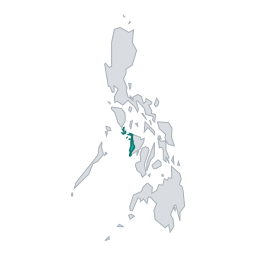 Antique, Antique, Philippines (highlighted)
{"feature_id": "2640588B32523752073662", "entity_name": "Antique", "entity_type": "district", "adm_level": 2, "iso_a3": "PHL", "parent_name": "Philippines", "parent_adm1": "Antique", "projection": "equal_earth", "projection_center": [121.674, 11.308], "detail": "fine", "context": "in_parent", "style": "filled", "palette": "teal", "viewbox_px": 256, "rotation_deg": 0, "n_neighbors": 0, "source": "geoboundaries", "source_scale": "gbopen_adm2", "svg_char_len": 6982}
<svg xmlns="http://www.w3.org/2000/svg" viewBox="0 0 256 256"><path d="M120.2,27.5L128.8,32.4L133.6,29.9L132.3,42.2L136.6,50.6L132.1,65.3L125.9,69.2L126.0,73.3L123.5,78.7L127.0,87.9L126.2,90.3L127.9,96.8L133.1,100.5L132.9,97.1L137.9,94.5L141.5,96.5L143.4,103.4L145.7,102.0L146.0,98.5L151.8,102.0L151.7,103.8L148.7,105.0L151.8,110.9L151.4,113.4L155.6,114.6L154.7,122.0L152.5,120.0L153.4,116.5L145.9,114.5L144.2,108.2L137.5,100.9L136.0,101.2L138.4,108.9L137.6,112.1L135.0,107.0L128.0,100.4L122.9,105.0L117.1,101.3L114.7,102.5L114.5,96.5L118.3,89.3L114.1,85.6L114.1,91.9L112.4,92.3L110.2,87.0L108.3,86.1L104.7,64.2L105.4,63.1L109.2,67.4L111.6,66.4L111.6,42.6L114.4,29.2L120.2,27.5ZM171.4,166.3L179.9,173.9L181.2,179.0L179.3,184.7L182.0,186.4L183.1,190.9L184.6,206.0L180.0,212.3L180.0,220.9L175.7,204.7L174.1,205.8L170.5,214.9L172.9,218.5L173.9,226.2L170.1,232.2L168.7,224.7L165.2,227.8L155.1,219.4L154.0,210.1L156.6,203.7L150.2,197.0L148.2,197.2L147.0,203.5L143.5,198.9L140.6,201.6L139.9,198.5L137.9,197.9L132.3,210.8L130.2,210.5L129.7,206.8L133.5,195.0L141.3,191.6L143.0,187.2L147.5,183.0L152.4,187.2L151.8,193.3L156.5,190.5L158.9,184.6L162.7,185.2L164.4,178.7L167.6,180.3L168.4,177.8L171.8,178.0L171.4,166.3ZM146.1,173.9L142.3,177.3L140.8,173.2L137.2,170.6L135.3,165.2L136.1,163.1L140.7,161.1L140.2,154.5L142.1,148.4L145.3,146.7L148.3,147.9L149.0,150.1L144.3,164.6L146.1,173.9ZM168.5,122.6L172.0,127.9L171.5,137.3L174.4,145.9L168.5,144.4L166.2,141.3L164.8,137.8L165.7,134.6L159.2,128.5L157.4,121.9L168.5,122.6ZM129.6,133.2L140.4,137.3L141.1,139.7L144.2,138.2L143.7,142.1L139.6,149.4L130.1,155.4L131.8,136.5L129.6,133.2ZM88.7,174.2L74.4,188.3L75.9,182.8L98.0,154.9L99.0,147.1L101.9,141.7L101.6,147.4L103.5,154.5L97.6,161.5L92.8,163.8L88.7,174.2ZM111.9,107.0L121.3,108.4L125.0,113.1L125.2,120.8L121.7,127.4L118.0,122.8L114.8,112.5L111.2,108.7L111.9,107.0ZM160.8,141.2L164.9,140.8L166.1,143.3L165.9,150.0L169.0,157.6L167.5,159.5L165.7,156.6L166.1,161.9L163.3,159.8L163.3,150.1L161.8,147.3L159.3,147.9L157.9,138.2L160.8,141.2ZM146.7,171.1L146.9,163.0L154.5,142.3L154.1,156.1L150.6,160.4L146.7,171.1ZM161.1,165.8L155.5,168.8L153.4,168.4L152.0,165.3L158.0,159.9L160.9,162.0L161.1,165.8ZM145.1,121.7L154.5,131.4L154.6,134.8L147.8,127.5L144.2,132.1L145.1,121.7ZM158.0,105.2L156.0,106.8L154.4,104.7L156.5,98.2L158.8,101.5L158.0,105.2ZM134.4,216.3L130.1,219.2L128.6,215.3L131.3,214.1L134.4,216.3ZM105.9,126.2L109.9,127.4L110.9,130.7L107.3,130.8L105.9,126.2ZM129.6,106.7L131.9,107.9L130.6,111.9L128.6,110.0L129.6,106.7ZM119.3,224.3L123.7,226.8L117.4,226.6L119.3,224.3ZM173.9,163.8L171.6,160.6L173.6,155.5L173.4,158.6L173.9,163.8ZM132.3,120.6L130.8,129.2L129.7,125.7L130.6,121.5L132.3,120.6ZM109.0,236.5L109.3,239.1L104.9,240.6L109.0,236.5ZM131.0,83.7L130.8,87.5L129.8,89.2L128.7,83.2L131.0,83.7ZM138.8,150.7L136.9,155.7L136.9,152.8L138.8,150.7ZM107.6,132.2L106.5,135.8L105.6,131.6L107.6,132.2ZM161.2,138.9L159.7,139.0L158.2,136.1L160.0,135.8L161.2,138.9ZM137.7,123.1L137.7,126.4L135.5,123.7L137.7,123.1ZM179.6,165.6L177.5,165.0L178.4,161.5L179.6,165.6ZM142.8,113.4L146.6,119.9L141.8,113.5L142.8,113.4ZM107.2,153.4L104.7,155.3L105.4,152.3L107.2,153.4ZM150.1,173.9L149.6,176.6L148.2,175.2L150.1,173.9ZM150.6,121.3L151.4,125.1L149.5,120.3L150.6,121.3ZM72.7,196.0L71.4,195.8L71.7,193.3L72.7,193.0L72.7,196.0ZM163.6,176.0L162.0,176.2L161.8,174.7L162.8,174.4L163.6,176.0ZM175.2,210.6L174.0,208.8L174.4,207.0L175.2,207.9L175.2,210.6ZM109.7,102.3L110.4,104.4L108.5,101.9L109.7,102.3ZM168.5,160.6L169.2,163.5L167.4,160.0L168.5,160.6ZM130.4,22.2L128.5,24.0L129.9,21.4L130.4,22.2ZM132.6,98.7L130.1,97.0L130.1,95.9L132.6,98.7ZM123.5,15.4L125.1,17.3L123.3,16.0L123.5,15.4Z" fill="#d9dde1" stroke="#a8b0b8" stroke-width="1"/><path d="M128.8,134.6L129.1,134.7L129.3,134.7L129.5,134.7L129.8,134.6L130.0,134.7L130.3,134.8L130.6,134.9L130.7,135.0L130.8,135.0L130.9,134.9L131.1,135.1L131.3,135.0L131.5,135.0L131.7,135.4L131.8,135.6L131.8,135.9L131.7,136.1L131.8,136.3L131.8,136.5L131.7,136.7L131.7,137.1L131.7,137.3L131.6,137.5L131.6,137.8L131.5,138.2L131.6,138.5L131.5,139.1L131.3,139.3L131.2,139.3L131.3,139.4L131.3,139.6L131.2,140.2L131.3,140.7L131.3,141.2L131.2,141.4L131.0,141.6L130.9,141.9L131.0,142.1L131.2,142.5L131.2,142.8L131.2,143.1L131.0,143.5L131.1,144.3L131.0,144.8L131.1,145.2L131.1,145.5L131.2,146.1L131.1,146.4L131.1,146.6L130.8,147.1L130.6,147.4L130.4,147.7L130.3,148.3L130.2,148.8L130.1,149.0L130.0,149.6L129.9,149.8L129.8,150.1L129.8,150.3L129.7,150.4L129.8,150.8L130.0,150.8L130.2,151.1L130.4,151.8L130.4,152.0L130.3,152.4L130.2,152.9L130.2,153.1L130.2,153.4L130.1,153.8L130.0,154.1L129.9,154.2L129.7,154.4L129.7,154.5L129.7,154.8L129.7,155.0L129.6,155.4L129.7,155.5L129.8,155.7L130.0,155.8L130.1,156.0L130.2,155.9L130.3,155.8L130.4,155.6L130.6,155.6L130.7,155.4L131.0,155.1L130.8,154.9L130.8,154.2L130.8,153.8L130.9,153.6L130.8,153.4L130.9,153.1L131.0,152.8L131.0,152.6L131.2,152.4L131.2,152.2L131.3,152.0L131.4,151.7L131.6,151.4L132.0,151.1L132.4,150.6L132.7,150.5L132.9,149.6L133.0,149.3L133.2,149.0L133.5,149.0L133.6,148.8L133.7,148.7L133.7,148.3L133.9,148.4L134.0,148.2L133.9,148.1L134.1,147.8L134.3,147.8L134.4,147.7L134.3,147.3L134.3,147.0L134.4,146.9L134.4,146.4L134.4,146.2L134.2,145.9L133.1,144.0L133.0,143.3L133.0,142.9L133.0,142.4L133.0,142.1L133.0,141.9L132.8,141.4L132.7,141.3L132.7,141.2L132.8,141.1L132.9,140.9L132.9,140.7L132.8,140.4L132.6,140.3L132.6,139.8L132.5,139.6L132.2,139.3L132.2,138.8L132.2,138.7L132.3,138.5L132.4,138.4L132.2,137.9L132.3,137.5L132.3,137.3L132.3,137.1L132.3,136.9L132.3,136.7L132.3,136.3L132.6,135.8L132.6,135.7L132.6,135.4L132.6,135.1L132.4,134.9L132.4,134.7L132.2,134.6L131.9,134.4L131.7,134.4L131.3,134.1L130.9,133.8L130.7,133.7L129.8,133.7L129.6,134.0L129.4,134.0L129.2,134.5L128.8,134.6ZM123.4,128.9L123.2,128.9L123.1,129.1L123.0,129.3L122.9,129.4L123.0,129.5L122.9,129.5L123.0,129.5L122.9,129.5L123.0,129.6L123.2,129.8L123.3,129.7L123.4,129.8L123.2,129.9L123.2,130.0L123.1,130.4L123.2,130.5L123.3,130.6L123.3,130.8L123.4,131.1L123.5,131.1L123.6,130.9L123.8,130.7L123.9,130.4L123.8,130.2L123.7,130.3L123.7,130.1L123.6,129.7L123.6,129.4L123.6,129.2L123.4,128.9ZM124.3,133.0L124.1,133.0L123.9,133.0L123.8,133.3L123.8,133.2L123.8,133.3L123.7,133.4L123.7,133.5L123.8,133.5L123.7,133.5L123.7,133.4L123.9,133.4L124.0,133.4L124.0,133.5L124.1,133.4L124.2,133.5L124.4,133.6L124.5,133.6L124.9,133.6L125.0,133.5L125.1,133.3L125.0,133.1L124.9,133.1L124.7,133.1L124.4,133.0L124.3,133.0ZM125.4,131.5L125.2,131.6L125.2,131.8L125.3,131.8L125.2,132.3L125.3,132.5L125.6,132.5L125.7,132.4L125.7,132.2L125.6,131.9L125.5,131.7L125.4,131.6L125.4,131.5ZM129.7,139.1L129.3,139.2L129.3,139.3L129.6,139.3L129.8,139.2L129.7,139.1ZM125.7,129.2L125.6,129.4L125.7,129.2L125.7,129.2ZM125.4,131.0L125.4,131.3L125.5,131.3L125.5,131.2L125.4,131.0ZM126.9,137.1L127.0,137.2L127.0,137.3L127.1,137.2L126.9,137.1ZM124.0,127.6L123.8,127.7L123.9,127.8L124.0,127.8L124.0,127.6ZM122.3,133.0L122.2,133.0L122.3,133.1L122.3,133.0Z" fill="#14b8a6" stroke="#0f766e" stroke-width="1.5"/></svg>